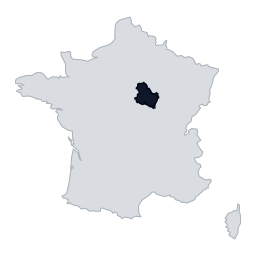 Yonne highlighted on a map of France
{"feature_id": "FRA-5356", "entity_name": "Yonne", "entity_type": "Metropolitan department", "adm_level": 1, "iso_a3": "FRA", "parent_name": "France", "parent_adm1": "", "projection": "mercator", "projection_center": [3.524, 47.862], "detail": "fine", "context": "in_parent", "style": "filled", "palette": "ink", "viewbox_px": 256, "rotation_deg": 0, "n_neighbors": 0, "source": "natural_earth", "source_scale": "10m", "svg_char_len": 6354}
<svg xmlns="http://www.w3.org/2000/svg" viewBox="0 0 256 256"><path d="M210.2,101.8L208.3,102.8L207.1,105.0L205.9,105.5L203.7,105.5L202.6,104.2L200.0,105.0L198.9,106.4L200.5,108.1L195.3,114.9L191.9,116.7L191.2,121.2L187.3,124.5L185.8,128.0L185.7,128.7L186.7,129.8L186.3,132.1L184.3,133.5L184.3,135.0L184.9,135.2L187.9,134.0L189.1,132.7L188.4,130.8L191.5,128.6L197.0,129.1L197.6,132.1L196.9,134.7L200.8,140.1L197.4,142.6L197.2,144.3L200.7,149.7L202.9,151.9L201.7,155.5L198.0,157.8L195.7,157.6L194.6,158.2L194.7,159.3L196.4,162.6L200.4,164.7L201.0,167.1L199.9,168.0L198.0,171.7L198.8,173.5L198.5,174.3L198.9,175.6L200.0,176.8L205.5,179.9L210.5,179.3L211.2,181.1L208.1,185.9L208.3,188.0L206.7,188.0L206.4,188.8L203.3,190.4L198.4,195.2L196.0,196.6L195.1,199.0L193.7,200.3L186.6,203.1L185.2,202.4L181.8,202.5L179.6,200.8L175.4,199.7L174.1,197.2L170.2,196.7L170.0,195.0L164.5,196.6L156.8,194.3L154.1,191.8L151.9,192.4L149.9,194.6L141.6,200.5L138.4,206.4L139.0,213.4L140.9,216.8L135.8,216.3L132.8,217.3L132.1,218.7L125.0,217.0L122.3,218.5L121.6,218.4L120.7,216.9L117.2,215.3L117.7,214.1L117.2,213.1L113.9,212.3L112.8,213.3L111.6,211.3L102.4,208.1L100.9,208.2L100.3,211.3L94.3,211.2L93.5,210.6L89.7,211.3L85.6,208.4L81.1,208.9L78.3,205.9L75.6,205.7L71.8,204.2L70.1,203.3L69.9,202.4L68.7,203.8L67.3,203.5L67.0,203.1L67.9,201.4L68.1,199.4L63.4,198.0L62.1,196.6L62.1,195.8L64.6,195.2L66.9,192.4L69.1,182.5L70.7,170.6L71.9,168.4L73.4,167.7L72.2,166.1L70.7,168.3L71.6,157.3L73.3,148.9L77.3,152.4L78.3,153.8L79.4,158.8L81.7,160.8L80.2,158.8L78.8,152.3L77.9,150.4L71.5,144.9L71.3,143.6L74.1,144.3L72.9,140.1L72.3,131.3L68.4,130.4L62.2,126.7L57.9,119.9L57.4,117.4L58.5,114.7L57.6,113.0L55.7,111.8L57.1,109.4L58.4,109.2L62.9,110.5L59.2,108.3L53.3,109.1L50.9,108.3L50.5,106.7L52.1,104.6L50.1,103.3L46.7,103.6L46.3,103.1L47.3,101.6L46.4,101.0L43.7,101.6L42.1,101.1L40.6,99.4L36.1,99.0L35.1,98.0L28.9,96.0L22.4,96.4L20.6,93.0L16.7,91.3L17.5,90.2L21.4,89.2L22.2,88.2L19.3,86.8L18.3,85.4L23.6,85.1L21.2,83.6L16.0,83.7L15.4,81.6L16.0,79.5L19.0,77.6L26.4,75.5L31.9,75.4L35.7,73.0L39.5,72.3L43.0,73.5L47.9,79.5L51.8,76.9L57.6,77.0L58.8,78.5L60.3,75.7L61.6,77.3L68.7,76.8L67.0,75.7L65.7,73.1L65.4,63.6L61.8,56.7L60.9,54.1L61.1,52.0L65.3,52.4L68.8,51.4L70.5,52.0L70.9,56.5L72.4,59.1L82.1,59.9L87.7,61.3L92.5,58.8L96.9,57.7L97.2,57.1L94.7,57.3L92.4,56.2L92.0,55.0L93.3,51.5L100.0,47.6L109.9,44.3L112.5,42.1L115.4,38.1L114.7,37.0L115.2,26.0L116.6,22.4L120.4,19.7L130.1,17.1L131.3,20.6L131.2,22.6L133.7,25.7L135.0,26.7L139.2,25.0L141.2,27.9L141.8,31.2L146.9,32.5L148.4,36.7L149.3,35.8L152.5,36.0L154.0,36.3L156.0,38.2L155.4,40.7L156.3,41.9L155.4,44.2L156.0,45.2L161.9,45.2L163.6,44.2L164.4,41.9L166.2,40.5L166.8,40.9L165.7,45.2L166.5,46.3L166.9,49.4L169.1,49.7L173.4,52.1L177.0,56.2L181.4,55.5L184.9,57.7L188.6,56.6L192.0,57.8L193.2,59.0L196.3,64.6L198.8,63.5L200.5,64.2L201.1,65.8L207.6,64.8L208.8,66.4L210.1,67.0L218.4,69.1L218.4,71.2L213.7,77.2L211.6,85.6L210.2,88.5L209.7,90.7L210.1,92.2L209.8,94.5L208.8,99.9L209.4,101.5L210.2,101.8ZM239.5,208.8L239.1,211.9L240.3,214.2L240.6,223.2L238.3,227.5L237.9,232.8L234.9,238.9L230.3,236.2L228.9,234.7L230.2,232.3L227.5,231.0L228.2,228.7L227.9,227.6L226.0,227.4L225.9,226.8L227.3,225.1L227.3,223.9L225.5,222.6L225.1,221.3L226.9,219.9L226.1,218.7L225.1,218.4L227.5,214.3L229.1,213.0L232.7,211.9L234.1,210.4L236.5,211.2L236.9,210.8L237.7,204.2L238.5,204.2L239.3,205.0L239.5,208.8ZM71.8,140.6L71.2,142.5L68.8,139.1L68.5,137.3L71.8,140.6Z" fill="#d9dde1" stroke="#a8b0b8" stroke-width="1"/><path d="M141.5,104.2L141.3,104.1L141.2,104.0L140.9,103.6L140.5,103.4L139.8,103.3L139.5,103.1L139.5,102.9L139.5,102.4L139.4,102.2L139.1,102.1L137.4,102.5L137.1,102.4L136.9,102.0L136.5,101.4L136.4,101.2L136.5,100.7L136.4,100.2L136.2,99.8L136.0,99.6L135.6,99.2L135.4,99.1L135.1,99.0L135.0,98.9L134.9,98.8L134.9,98.6L134.9,98.3L134.9,98.1L135.0,98.1L135.2,97.9L135.3,97.8L135.7,97.8L136.0,97.8L136.2,97.7L136.8,97.4L137.3,97.2L137.5,96.9L137.6,96.7L137.5,96.4L137.5,96.2L137.7,95.8L137.7,95.7L137.5,95.4L137.5,95.2L137.4,94.6L137.5,94.4L137.9,94.3L138.0,94.2L138.2,93.9L138.4,93.7L138.7,93.5L138.9,93.4L139.0,93.2L139.3,92.5L139.4,92.2L139.3,91.8L139.3,91.6L139.2,91.5L139.0,91.2L138.5,90.8L138.4,90.6L138.2,90.4L138.0,89.3L137.9,89.1L137.7,88.9L136.9,88.6L136.6,88.6L136.4,88.6L136.4,88.2L136.5,87.9L136.5,87.7L136.7,87.4L136.9,87.3L137.4,87.0L137.6,86.8L137.7,86.7L137.8,86.4L137.9,86.2L138.0,86.1L138.0,85.9L137.9,85.6L137.7,85.3L137.7,85.1L137.7,84.8L137.8,84.7L137.9,84.4L138.0,84.3L138.0,84.0L138.0,83.9L138.2,83.7L139.0,83.7L139.3,83.5L139.6,83.4L140.4,83.5L140.5,83.6L140.8,83.6L142.4,83.3L142.5,83.3L142.8,83.4L143.0,83.5L143.1,83.4L143.4,83.0L143.8,82.5L144.0,82.7L144.1,83.1L144.1,83.3L144.2,83.5L144.3,83.6L144.5,83.5L144.8,83.5L145.3,83.8L145.6,84.0L145.8,84.2L146.8,85.6L147.0,85.9L147.1,86.2L147.1,86.3L147.1,86.5L147.2,87.0L147.2,87.3L146.8,87.7L146.7,87.8L146.7,88.0L147.3,88.2L147.8,88.7L148.0,88.8L148.5,88.8L148.6,88.7L148.8,88.4L149.1,88.5L149.3,88.9L149.3,89.0L149.6,89.4L149.9,89.8L151.0,91.7L151.1,91.9L151.1,92.0L150.7,92.1L150.6,92.3L150.7,92.5L151.1,92.6L151.5,92.5L151.8,92.7L151.8,92.8L151.8,93.3L151.8,93.5L152.0,93.8L152.5,93.9L153.1,93.8L153.3,93.9L153.6,94.0L153.9,94.1L154.0,94.0L154.2,93.7L154.3,93.7L154.5,93.7L154.8,93.8L155.1,93.8L155.3,93.8L155.5,93.6L155.7,93.4L155.8,93.3L156.0,93.3L156.2,93.5L156.3,93.6L156.5,93.7L156.6,93.3L156.6,93.2L156.6,92.9L156.8,93.0L157.0,93.4L157.3,93.8L157.5,93.9L157.6,94.0L157.8,94.0L157.5,94.9L157.4,95.3L157.4,95.9L157.5,95.9L158.0,95.8L158.2,96.0L158.6,97.1L158.6,97.5L158.5,97.9L157.3,98.5L157.3,98.9L157.3,99.6L157.2,100.1L157.1,100.3L156.7,100.9L156.5,101.6L155.5,103.4L155.3,103.5L155.1,103.8L155.1,105.0L154.9,105.3L154.6,105.4L154.5,105.5L154.3,105.7L154.3,105.9L154.3,106.1L154.5,106.7L154.6,106.8L154.8,106.9L154.9,107.0L154.9,107.7L154.2,107.6L153.8,107.9L153.7,108.1L153.6,108.3L153.3,108.3L152.9,108.0L152.7,106.8L152.5,106.4L151.5,107.0L151.2,106.9L151.2,106.6L151.3,106.1L151.3,105.9L151.3,105.7L151.2,105.5L150.9,105.6L150.7,105.7L150.7,105.9L150.5,106.3L150.5,106.5L150.3,106.6L150.2,106.6L148.8,106.0L147.7,104.9L147.4,104.8L147.0,104.8L146.8,104.7L146.7,104.5L146.6,104.2L146.4,103.9L145.9,103.5L145.4,102.7L145.3,103.3L145.2,104.1L144.1,103.7L143.7,103.8L143.2,104.3L142.8,104.4L142.1,103.9L141.5,104.2Z" fill="#0f172a" stroke="#020617" stroke-width="1.5"/></svg>